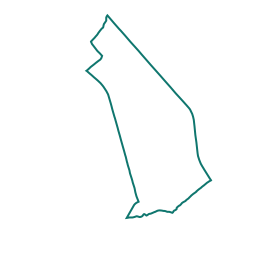 outline of Din Daeng, Bangkok Metropolis, Thailand, rotated 316°
{"feature_id": "78962969B98953458091915", "entity_name": "Din Daeng", "entity_type": "district", "adm_level": 2, "iso_a3": "THA", "parent_name": "Thailand", "parent_adm1": "Bangkok Metropolis", "projection": "orthographic", "projection_center": [100.56, 13.778], "detail": "fine", "context": "isolated", "style": "outline", "palette": "teal", "viewbox_px": 256, "rotation_deg": 316, "n_neighbors": 0, "source": "geoboundaries", "source_scale": "gbopen_adm2", "svg_char_len": 3611}
<svg xmlns="http://www.w3.org/2000/svg" viewBox="0 0 256 256"><g transform="rotate(316 128 128)"><path d="M137.9,58.0L138.0,58.4L138.0,58.7L138.1,59.9L138.3,62.5L138.5,64.1L138.7,66.9L138.7,67.0L138.7,67.3L139.0,70.4L139.2,72.6L139.4,76.7L139.2,79.6L139.0,81.4L138.0,86.6L137.0,90.0L136.6,90.8L135.3,93.3L132.7,98.3L131.0,101.4L130.8,101.7L129.4,104.2L128.6,105.7L126.0,110.6L125.5,111.7L120.5,121.0L119.4,122.9L116.8,127.8L114.7,131.6L114.0,132.9L111.1,138.3L109.4,141.5L107.2,145.5L106.3,147.3L103.5,152.0L103.3,152.5L102.4,154.0L101.8,155.1L101.4,155.9L100.5,157.7L99.8,159.1L99.4,159.8L98.6,161.0L98.2,161.6L97.9,162.1L95.5,167.0L94.4,169.1L93.6,170.4L91.1,175.5L90.5,176.5L88.6,179.4L86.6,183.1L84.4,188.4L82.6,187.8L81.6,187.6L80.1,187.5L79.0,187.6L78.6,187.7L73.5,189.2L64.6,191.8L65.0,192.1L66.7,193.2L69.0,195.4L69.6,195.8L70.8,196.5L72.6,197.3L72.9,197.5L73.5,198.3L74.2,199.6L74.3,199.8L74.5,200.1L75.1,200.5L75.4,200.8L76.6,201.2L77.0,201.3L77.4,201.3L78.5,201.1L79.2,201.0L79.4,201.0L79.5,201.1L79.9,201.3L80.0,201.6L80.1,201.8L80.3,202.8L80.4,203.6L80.6,203.9L82.1,204.2L82.8,204.3L83.3,204.4L83.9,204.7L84.5,205.2L85.3,205.6L87.7,206.5L88.8,206.9L88.9,207.0L89.2,207.1L89.3,207.2L90.6,207.6L91.5,207.9L92.3,208.3L92.7,208.6L93.4,209.1L93.9,209.6L94.2,210.0L94.3,210.2L94.9,210.8L95.5,211.7L95.6,211.8L96.0,212.4L96.7,213.1L97.1,213.7L97.2,213.8L97.7,214.9L98.0,215.5L99.5,217.0L100.5,218.8L100.8,219.5L101.0,219.8L101.4,219.8L101.7,219.9L102.1,219.8L102.6,219.6L103.1,219.5L103.5,219.5L103.8,219.5L104.3,219.7L104.7,219.8L105.3,220.0L105.5,220.0L105.9,220.1L106.3,220.1L106.5,220.1L106.8,220.0L106.9,219.9L107.1,219.6L107.3,219.4L108.2,219.2L108.4,219.2L108.9,219.2L109.0,219.2L110.8,219.4L111.1,219.5L111.6,219.7L111.8,219.7L112.5,219.7L112.8,219.7L113.0,219.7L114.4,219.5L114.5,219.5L114.9,219.5L116.1,219.7L118.6,220.4L119.2,220.4L120.0,220.3L120.6,220.4L122.7,220.7L123.3,220.6L123.5,220.6L125.8,220.6L126.1,220.6L126.4,220.5L127.3,220.6L128.7,220.7L129.7,220.8L130.0,220.9L130.3,220.9L130.5,221.0L131.6,221.1L131.9,221.2L132.0,221.2L132.4,221.2L132.5,221.2L132.9,221.3L133.1,221.2L133.3,221.1L134.0,221.2L134.4,221.2L134.8,221.2L137.0,221.4L138.8,221.7L140.4,221.7L140.9,221.8L142.2,221.9L142.4,222.0L142.7,222.0L146.9,222.3L147.0,222.3L148.3,222.6L149.6,222.8L151.2,223.3L151.4,223.3L151.8,221.0L153.9,211.1L154.9,206.7L155.5,204.4L156.0,203.1L157.2,200.2L158.9,196.8L160.3,194.8L161.6,193.1L167.1,186.0L171.6,179.8L177.0,173.0L181.0,167.8L182.7,165.0L184.0,162.4L184.7,160.2L185.5,157.8L185.7,156.2L185.8,154.3L186.1,147.3L186.2,143.9L186.4,136.2L186.9,127.9L187.3,118.7L187.6,112.9L187.9,105.3L188.2,98.0L188.6,90.3L188.9,84.4L189.2,79.7L189.6,67.9L190.1,59.5L190.4,52.9L190.4,52.2L190.4,50.7L190.8,42.5L191.4,33.0L191.4,32.7L190.8,32.8L190.3,32.9L189.8,33.1L189.4,33.3L189.2,33.4L189.2,33.5L188.8,33.8L188.7,33.8L188.5,34.0L188.1,34.4L187.0,35.6L186.8,35.7L186.7,35.7L186.3,35.8L184.5,36.2L183.3,36.4L182.9,36.5L182.6,36.7L182.4,36.8L182.0,37.0L181.9,37.1L181.7,37.2L181.3,37.5L180.6,38.0L180.0,38.3L179.9,38.4L179.7,38.4L178.5,38.3L177.9,38.3L177.6,38.3L177.0,38.4L175.3,38.6L172.3,39.1L171.7,39.3L171.3,39.4L170.0,39.6L168.3,39.7L166.7,39.9L163.6,40.0L161.6,40.1L161.5,40.4L161.3,40.5L161.2,40.5L160.9,41.5L160.5,42.4L160.4,43.2L159.8,48.5L159.6,50.2L159.5,51.0L159.5,51.3L159.5,51.9L159.5,52.4L159.6,54.7L159.5,57.9L159.5,58.1L159.1,58.3L157.4,59.2L155.9,59.5L155.7,59.5L155.4,59.5L153.4,59.2L152.6,59.1L152.3,59.1L152.1,59.0L151.6,59.0L151.4,59.0L151.2,59.0L150.9,58.9L147.3,58.6L143.6,58.2L141.3,58.2L138.7,58.1L137.9,58.0Z" fill="none" stroke="#0f766e" stroke-width="2"/></g></svg>